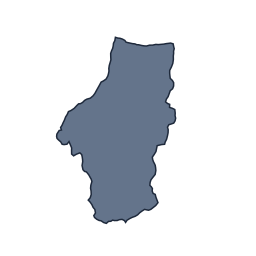 the district of Mateus Leme, Minas Gerais, Brazil, rotated 207°
{"feature_id": "56859067B3328901062770", "entity_name": "Mateus Leme", "entity_type": "district", "adm_level": 2, "iso_a3": "BRA", "parent_name": "Brazil", "parent_adm1": "Minas Gerais", "projection": "equal_earth", "projection_center": [-44.439, -20.031], "detail": "fine", "context": "isolated", "style": "filled", "palette": "slate", "viewbox_px": 256, "rotation_deg": 207, "n_neighbors": 0, "source": "geoboundaries", "source_scale": "gbopen_adm2", "svg_char_len": 2422}
<svg xmlns="http://www.w3.org/2000/svg" viewBox="0 0 256 256"><g transform="rotate(207 128 128)"><path d="M76.3,63.0L74.3,63.5L72.3,64.1L70.7,65.9L69.4,68.7L68.1,71.5L67.4,75.1L69.5,77.0L71.7,79.0L73.6,81.2L75.9,81.1L77.8,82.8L78.8,85.2L80.8,86.3L82.5,86.8L83.6,89.6L84.0,92.3L83.5,95.1L82.7,98.9L83.9,102.8L85.4,105.2L86.8,107.1L88.3,108.3L90.0,109.5L91.7,111.1L93.1,113.1L92.7,115.9L92.4,119.7L93.3,123.0L94.0,125.5L92.4,126.9L90.4,128.6L88.0,130.1L88.5,132.4L88.5,135.5L89.3,139.0L90.1,141.9L91.4,144.7L93.2,146.7L93.1,149.5L91.5,151.0L89.5,153.1L89.3,155.7L90.0,158.4L91.7,160.4L92.7,162.7L94.7,165.7L97.4,165.7L100.3,165.2L101.6,168.0L103.8,167.8L106.4,168.3L106.9,171.3L106.5,174.1L106.8,176.6L107.3,180.4L106.1,183.2L106.4,186.1L107.9,189.1L110.0,190.5L112.9,191.4L114.6,193.9L115.8,195.8L117.0,198.3L117.0,202.0L117.4,205.9L118.7,209.7L120.3,212.7L121.2,215.2L122.3,217.2L122.8,219.6L124.2,221.2L126.0,223.5L128.6,223.0L130.5,221.7L132.3,220.5L134.2,219.0L136.6,217.5L138.8,216.1L141.2,215.1L143.7,213.0L146.4,211.6L148.8,209.4L150.9,208.5L153.4,207.7L156.3,207.0L158.0,206.2L160.0,206.1L162.3,205.2L165.0,204.5L166.9,204.0L168.7,203.6L170.6,204.6L173.3,204.7L175.9,204.3L177.9,203.5L180.4,203.1L179.4,199.9L179.4,196.9L178.4,194.3L177.8,191.9L177.7,189.5L177.3,186.6L175.7,183.6L174.2,181.0L173.7,178.6L173.1,175.3L172.1,172.3L170.8,170.1L170.1,167.6L169.6,165.3L169.7,161.8L171.2,158.9L172.8,156.7L172.9,152.5L173.1,147.6L173.2,143.8L173.7,140.9L175.1,137.5L177.8,135.0L179.2,132.9L180.1,130.1L181.4,128.1L183.0,127.1L183.8,124.8L184.9,121.0L186.8,117.6L188.5,115.6L188.3,112.6L188.6,109.6L188.2,105.8L188.2,103.3L188.0,100.3L188.3,97.9L186.4,96.0L188.2,94.5L188.6,90.3L187.8,88.1L186.5,86.5L184.4,85.8L181.6,85.1L179.3,83.6L177.4,84.2L175.0,85.9L174.4,89.1L171.4,86.6L169.2,84.7L168.1,82.4L166.4,79.2L163.8,78.5L162.1,81.2L159.6,84.0L157.2,83.3L155.7,81.5L154.3,79.5L153.1,77.5L151.9,73.7L149.2,70.4L147.0,69.6L145.1,70.0L143.3,69.2L141.6,68.4L139.3,66.8L137.7,65.8L135.9,64.0L135.1,60.1L134.0,57.3L132.3,55.1L130.6,52.1L130.0,48.7L130.7,45.7L128.4,44.9L125.5,43.4L123.0,41.4L120.6,40.4L118.4,37.5L118.7,34.4L117.2,33.1L114.5,32.5L111.8,32.5L109.8,33.1L106.8,32.7L104.0,33.2L102.9,36.0L101.0,37.0L99.9,38.9L98.0,39.4L95.6,40.7L94.1,42.4L91.8,43.9L89.1,43.9L87.3,42.8L87.0,45.4L85.2,48.3L83.6,50.4L81.6,52.5L80.0,55.0L79.1,57.8L77.8,60.4L76.3,63.0Z" fill="#64748b" stroke="#1e293b" stroke-width="1.5"/></g></svg>